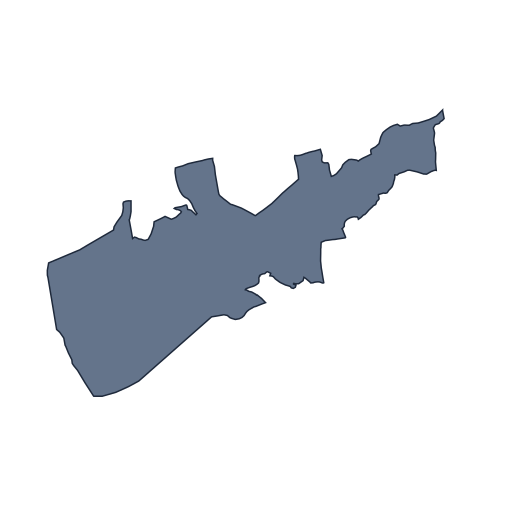 Al Qahirah, Ta`izz, Yemen (orthographic projection), rotated 260°
{"feature_id": "15242507B25601217585155", "entity_name": "Al Qahirah", "entity_type": "district", "adm_level": 2, "iso_a3": "YEM", "parent_name": "Yemen", "parent_adm1": "Ta`izz", "projection": "orthographic", "projection_center": [44.017, 13.586], "detail": "fine", "context": "isolated", "style": "filled", "palette": "slate", "viewbox_px": 512, "rotation_deg": 260, "n_neighbors": 0, "source": "geoboundaries", "source_scale": "gbopen_adm2", "svg_char_len": 6095}
<svg xmlns="http://www.w3.org/2000/svg" viewBox="0 0 512 512"><g transform="rotate(260 256 256)"><path d="M367.4,465.1L362.4,457.9L361.4,454.2L360.3,450.2L359.6,445.2L358.8,438.8L359.3,433.3L358.5,430.6L358.1,429.6L358.3,429.0L358.5,427.8L359.0,425.7L359.2,424.4L358.9,420.6L361.2,418.0L361.0,417.0L360.7,414.2L359.7,410.5L357.7,406.2L357.1,405.2L356.2,403.6L355.4,402.4L354.2,401.5L353.7,401.1L352.4,400.2L351.4,399.5L350.8,399.2L345.3,396.7L342.9,393.0L342.4,391.7L341.9,390.1L341.0,387.8L339.8,387.2L337.7,387.2L336.4,387.3L336.0,386.1L334.7,381.6L334.0,378.9L333.5,377.3L332.6,374.9L331.7,373.2L332.9,371.9L333.6,369.9L333.9,369.0L334.6,366.8L334.8,364.2L332.8,360.2L330.7,357.3L328.0,355.6L327.4,354.9L323.0,349.5L322.1,347.4L321.7,346.4L321.3,344.0L327.8,343.3L328.3,343.3L329.4,343.4L333.6,343.6L334.7,343.1L335.3,342.9L335.8,339.5L337.1,337.6L338.4,337.4L339.1,337.3L343.4,338.6L349.9,337.9L349.2,331.6L349.2,330.0L348.9,326.0L348.5,323.9L348.5,322.9L348.0,320.4L347.7,318.7L347.5,316.8L347.6,315.1L347.7,314.0L348.1,312.1L348.2,311.6L346.8,311.2L345.1,311.0L344.4,311.0L343.9,311.1L338.1,311.7L334.1,312.0L332.2,311.9L331.3,311.9L327.2,311.6L324.1,311.2L323.9,310.7L320.7,305.4L319.6,303.6L317.0,299.1L314.0,294.2L313.7,293.6L312.9,292.4L310.1,288.4L306.3,282.8L305.7,281.8L305.4,281.5L304.8,280.5L302.5,276.0L302.2,275.5L300.6,272.3L299.9,271.0L297.9,266.5L296.0,262.8L295.9,262.2L296.2,261.8L298.5,259.1L303.8,252.4L305.8,249.8L307.1,247.6L307.4,247.1L310.8,241.3L311.1,240.3L311.6,239.7L316.0,235.8L318.0,233.9L319.5,232.7L321.6,230.9L323.2,230.2L325.7,230.1L343.2,230.1L351.3,230.6L356.1,230.1L358.0,229.9L359.0,230.2L359.7,230.3L359.8,225.7L359.6,221.8L359.5,221.2L359.3,219.7L359.1,213.1L359.0,211.1L358.7,205.2L357.4,199.1L357.4,198.4L357.3,197.1L357.1,194.7L356.7,191.9L354.9,191.4L354.2,191.3L353.7,191.1L351.8,190.8L351.1,190.8L348.1,190.7L344.6,190.7L338.6,191.3L336.9,191.6L333.1,192.4L329.4,193.9L327.6,195.0L326.5,196.0L325.9,196.6L324.7,198.3L324.1,198.9L322.1,200.3L318.7,201.8L314.7,202.7L311.0,203.9L308.1,205.3L307.0,204.0L308.0,203.3L308.8,202.7L309.8,201.9L310.9,201.0L312.0,200.4L312.9,198.9L313.7,196.8L315.2,196.8L317.8,196.6L318.2,196.4L318.4,195.7L318.0,193.3L317.6,191.3L317.6,184.7L317.0,183.7L315.5,185.9L315.3,187.1L314.2,188.9L313.7,189.5L312.5,190.2L311.4,189.3L310.3,187.4L309.0,185.5L308.1,184.0L307.3,181.2L306.9,179.0L310.8,173.3L310.3,171.9L309.5,169.3L309.1,167.9L307.4,161.6L302.9,160.3L301.3,159.4L296.2,156.7L295.0,155.8L291.1,152.7L290.6,149.6L291.2,147.9L292.4,145.9L293.2,143.5L294.9,141.3L295.7,139.6L294.6,137.5L302.8,137.5L313.7,137.4L314.2,137.9L317.3,139.2L321.3,140.6L321.8,140.7L326.9,141.6L332.0,142.5L332.5,139.8L332.6,137.5L332.1,134.9L330.6,134.1L326.5,133.7L322.6,132.5L319.2,130.8L316.0,127.5L313.6,125.0L309.4,121.3L306.3,120.2L295.9,91.9L294.1,87.2L293.3,85.1L292.7,83.7L291.9,80.0L290.0,71.6L289.5,69.5L285.2,50.6L278.1,48.0L273.3,47.2L270.9,47.4L218.2,46.9L215.0,49.5L209.0,52.3L208.3,52.5L201.4,52.5L199.9,53.0L192.8,54.5L192.2,54.7L185.8,56.6L182.2,56.4L181.0,56.9L179.4,57.6L174.4,60.4L160.6,65.7L146.1,71.8L144.6,80.2L146.1,94.3L149.5,107.7L153.2,118.8L203.8,201.7L203.7,207.4L203.7,214.2L202.4,217.5L199.9,219.5L198.9,221.0L197.1,224.6L197.1,228.6L197.9,231.5L199.4,233.9L201.7,236.0L203.0,237.5L204.3,239.8L206.2,245.0L206.4,247.2L207.8,253.8L208.4,257.3L213.1,254.2L216.6,251.1L217.0,250.8L217.4,250.5L217.4,249.6L218.2,249.3L221.3,245.5L222.7,242.2L223.4,242.0L224.6,239.6L225.1,240.0L225.5,240.7L225.8,241.8L226.0,243.4L226.2,244.3L226.6,247.6L227.0,249.6L227.9,251.9L229.0,253.8L230.5,254.5L232.4,254.8L234.1,255.0L234.9,255.5L235.3,256.2L235.7,256.4L236.2,256.2L236.6,257.2L237.0,258.7L237.2,259.4L237.1,261.0L237.2,261.7L237.6,262.4L238.0,262.9L238.2,263.3L238.5,264.1L238.5,264.6L238.2,265.1L236.4,267.5L234.1,266.2L233.6,267.9L232.7,269.4L231.5,270.2L230.1,271.0L228.7,272.3L227.7,273.3L227.1,273.8L225.6,275.4L224.3,277.2L222.3,280.0L221.7,281.3L220.9,282.9L220.0,284.5L218.5,285.2L218.0,286.3L217.6,287.1L218.4,289.3L220.3,290.3L220.9,289.5L221.7,288.1L222.2,288.1L222.5,288.4L221.9,289.8L221.7,290.3L221.4,292.6L221.3,293.2L223.6,298.1L226.7,299.5L225.4,300.9L221.0,304.6L220.5,304.9L220.0,305.1L219.8,306.4L219.7,307.7L219.9,308.3L220.0,309.9L219.9,311.5L219.8,312.5L219.4,314.1L219.1,314.6L218.7,315.4L218.0,316.5L217.7,317.4L217.9,318.1L223.7,318.1L229.3,318.2L233.0,318.2L235.3,318.4L236.6,318.5L239.7,318.7L240.9,318.9L247.0,320.1L249.7,320.6L252.1,321.0L252.6,321.3L253.1,321.4L255.5,321.9L258.2,322.6L259.2,327.1L259.1,328.1L259.0,330.5L258.9,333.3L258.9,334.0L258.6,336.7L258.6,337.9L258.6,338.7L258.6,339.3L258.4,347.0L258.9,347.5L262.2,346.8L263.9,346.4L265.4,346.2L266.2,346.0L267.2,345.8L267.8,345.4L268.4,346.4L268.8,346.8L269.4,347.5L269.9,348.1L271.8,348.4L273.2,348.9L273.7,349.2L274.8,350.0L276.3,352.3L277.3,355.2L277.6,357.7L277.6,359.7L277.3,360.5L276.9,362.4L275.9,363.1L275.4,363.1L274.4,363.2L275.7,366.0L276.6,367.3L277.8,369.0L277.9,370.3L278.3,370.8L279.0,371.9L280.7,374.0L281.6,375.0L282.1,375.9L282.6,376.6L283.8,378.4L284.3,379.3L285.2,380.3L285.5,381.4L285.9,382.7L287.1,383.5L288.7,384.3L289.4,385.4L290.5,386.9L291.8,387.3L292.6,387.0L293.2,387.2L293.9,387.0L295.3,387.3L295.3,388.5L295.5,389.1L295.7,391.4L295.9,392.2L295.3,394.3L295.4,395.8L295.8,396.5L296.5,397.0L298.0,398.6L298.5,399.4L299.1,400.3L299.8,401.1L300.1,401.6L301.1,402.4L303.1,403.6L303.9,404.0L305.1,404.4L306.6,405.2L307.5,405.7L309.9,406.5L311.3,406.6L311.8,406.8L311.2,409.0L312.4,411.1L313.2,416.7L314.1,420.0L313.9,422.1L312.0,426.6L310.9,429.2L309.6,431.7L309.3,432.2L307.6,435.4L307.5,436.1L307.1,437.7L307.0,438.3L308.8,443.3L308.9,444.1L309.2,445.3L309.4,447.4L309.0,448.4L315.2,448.9L317.6,449.1L320.2,449.7L326.3,450.9L328.8,450.9L331.9,451.3L334.0,451.0L339.3,451.1L345.0,452.9L346.1,453.2L347.1,453.2L348.5,453.1L349.7,453.0L350.4,452.9L351.0,452.9L351.6,453.1L353.6,454.8L354.2,455.5L354.3,456.2L354.5,458.1L354.7,459.1L355.0,459.7L355.4,460.1L355.9,460.5L356.2,460.8L356.7,462.1L357.2,463.2L358.6,465.1L366.9,465.0L367.4,465.1Z" fill="#64748b" stroke="#1e293b" stroke-width="1.5"/></g></svg>